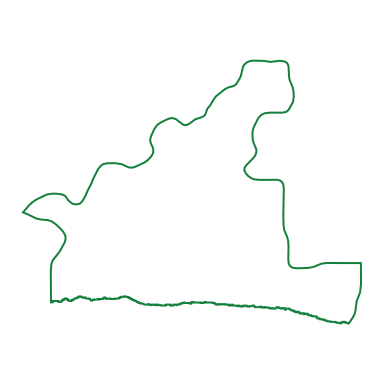 Santo Domingo Este, Santo Domingo, Dominican Republic
{"feature_id": "3306468B99956465733744", "entity_name": "Santo Domingo Este", "entity_type": "district", "adm_level": 2, "iso_a3": "DOM", "parent_name": "Dominican Republic", "parent_adm1": "Santo Domingo", "projection": "albers", "projection_center": [-69.79, 18.526], "detail": "fine", "context": "isolated", "style": "outline", "palette": "green", "viewbox_px": 384, "rotation_deg": 0, "n_neighbors": 0, "source": "geoboundaries", "source_scale": "gbopen_adm2", "svg_char_len": 5996}
<svg xmlns="http://www.w3.org/2000/svg" viewBox="0 0 384 384"><path d="M52.7,302.3L52.7,301.0L58.0,301.0L58.0,301.5L59.5,301.5L59.5,302.0L60.0,302.0L60.0,301.5L61.9,301.5L61.9,300.5L62.4,300.5L62.4,300.0L63.4,300.0L63.4,299.5L64.3,299.5L64.3,299.0L65.3,299.0L65.3,298.4L66.3,298.4L66.3,299.0L67.7,299.0L67.7,300.0L68.2,300.0L68.2,300.5L69.6,300.5L69.6,301.0L71.1,301.0L71.1,300.5L72.0,300.5L72.0,300.0L73.0,300.0L73.0,299.5L74.0,299.5L74.5,298.5L75.9,298.5L75.9,297.9L77.8,297.9L77.8,297.4L78.3,297.4L78.3,296.9L79.3,296.9L79.3,296.4L80.7,296.4L80.7,296.9L82.2,296.9L82.7,297.9L84.6,297.9L84.6,297.4L85.6,297.4L86.0,298.5L89.4,298.5L89.4,299.0L89.9,299.0L89.9,299.5L90.9,300.0L90.9,300.5L92.3,300.5L92.8,299.5L93.3,299.5L93.3,300.0L94.2,300.0L94.2,299.5L97.6,299.5L97.6,299.0L98.6,299.0L98.6,299.5L99.6,299.5L99.6,299.0L102.5,299.0L102.5,298.5L103.9,298.5L103.9,297.9L104.4,297.9L104.4,297.4L104.9,297.4L104.9,297.9L105.8,297.9L106.3,299.0L106.8,299.0L106.8,298.5L110.2,298.5L110.2,299.0L115.0,299.0L115.0,298.5L118.9,298.5L118.9,298.0L119.8,298.0L119.8,297.4L120.8,297.4L120.8,296.9L123.7,296.9L123.7,296.4L125.6,296.4L125.6,296.9L128.0,296.9L128.0,297.4L129.0,297.4L129.0,298.0L130.0,298.0L130.0,298.5L130.9,298.5L130.9,299.0L131.9,299.0L131.9,299.5L132.9,299.5L132.9,300.0L133.8,300.0L133.8,300.5L135.3,300.5L135.3,301.0L136.3,301.0L136.7,302.0L138.2,302.0L138.2,302.5L139.1,302.5L139.1,303.0L140.6,303.0L140.6,303.6L143.5,303.6L144.0,304.6L148.3,304.6L148.3,304.1L149.3,304.1L149.8,305.1L151.7,305.1L151.7,304.6L154.6,304.6L154.6,305.1L156.5,305.1L156.5,304.6L158.0,304.6L158.0,305.1L161.4,305.1L161.4,305.6L165.2,305.6L165.2,305.1L166.2,305.1L166.2,304.6L170.0,304.6L170.0,305.1L171.0,305.1L171.0,305.6L173.4,305.6L173.4,304.6L176.3,304.6L176.3,305.1L176.8,305.1L176.8,304.6L179.2,304.6L179.2,304.1L180.2,304.1L180.2,303.6L182.1,303.6L182.1,303.0L183.6,303.0L183.6,302.5L184.5,302.5L184.5,303.0L189.8,303.0L189.8,303.6L191.3,303.6L191.3,302.5L191.8,302.5L191.8,302.0L193.7,302.0L193.7,302.5L200.5,302.5L200.5,303.0L203.4,303.0L203.4,302.5L204.8,302.5L204.8,302.0L205.8,302.0L205.8,302.5L212.5,302.5L212.5,303.0L214.5,303.0L214.5,303.6L215.4,303.6L215.9,304.6L216.9,304.6L216.9,304.1L218.8,304.1L218.8,304.6L220.7,304.6L220.7,304.1L224.1,304.1L224.1,304.6L225.1,304.6L225.1,304.1L225.6,304.1L225.6,304.6L228.5,304.6L228.5,305.1L229.4,305.1L229.4,305.6L230.4,305.6L230.4,305.1L231.3,305.1L231.3,304.6L232.3,304.6L232.3,305.1L233.3,305.1L233.3,305.6L236.7,305.6L236.7,306.1L238.1,306.1L238.1,305.6L239.6,305.6L239.6,306.1L240.5,306.1L240.5,306.6L242.5,306.6L242.9,305.6L243.9,305.6L243.9,306.1L244.9,306.1L244.9,305.6L246.8,305.6L247.3,306.6L249.2,306.6L249.2,306.1L252.6,306.1L252.6,305.6L254.0,305.6L254.0,306.1L255.0,306.6L255.0,307.1L260.3,307.1L260.3,306.6L260.8,306.6L260.8,307.1L261.8,307.1L261.8,307.6L262.7,307.6L262.7,307.1L264.2,307.1L264.2,307.6L265.1,307.6L265.1,307.1L266.1,307.1L266.1,307.6L269.0,307.6L269.0,308.1L270.9,308.1L270.9,308.6L271.4,308.6L271.4,308.1L273.4,308.1L273.4,308.6L275.8,308.6L276.2,307.6L277.2,307.6L277.2,307.1L278.2,307.1L278.2,307.6L279.1,307.6L279.1,308.1L281.1,308.1L281.1,308.6L282.0,308.6L282.0,308.1L284.5,308.1L284.5,308.6L284.9,308.6L284.9,309.7L285.9,309.7L286.4,308.6L289.3,308.6L289.3,309.1L290.2,309.1L290.7,310.2L292.7,310.2L292.7,310.7L293.6,310.7L293.6,311.2L294.6,311.2L294.6,311.7L295.6,311.7L295.6,312.2L296.0,312.2L296.0,311.7L297.0,311.7L297.0,312.2L298.0,312.2L298.0,311.7L298.5,311.7L298.5,312.7L299.9,312.7L299.9,313.2L300.9,313.2L300.9,313.7L301.4,313.7L301.4,313.2L303.8,313.2L303.8,314.2L305.7,314.2L305.7,313.7L307.2,313.7L307.2,314.2L308.1,314.2L308.1,314.7L308.6,314.7L308.6,315.3L311.0,315.2L311.0,315.8L312.5,315.8L312.5,316.3L316.3,316.3L316.3,316.8L316.8,316.8L316.8,317.8L317.3,317.8L317.3,318.3L319.2,318.3L319.2,318.8L320.2,318.8L320.2,319.3L323.1,319.3L323.1,319.8L324.5,319.8L324.5,320.3L326.0,320.3L326.0,320.8L327.4,320.8L327.4,321.3L330.3,321.3L330.3,321.9L335.1,321.9L335.1,322.4L337.1,322.4L337.1,322.9L340.5,322.9L340.5,323.4L340.9,323.4L340.9,322.4L342.9,322.4L342.9,321.8L344.8,321.8L344.8,322.4L345.8,322.4L345.8,322.9L348.2,322.9L348.2,323.4L348.9,323.4L353.0,317.2L354.6,314.2L355.5,310.3L356.7,301.1L360.1,292.4L361.0,284.2L360.9,263.1L326.6,263.0L321.3,263.7L313.9,266.8L308.5,267.9L297.4,268.3L293.5,267.9L291.2,267.0L289.5,265.2L288.6,262.9L288.3,259.2L288.5,246.8L288.2,241.2L287.3,237.3L284.2,229.9L283.6,225.8L283.3,215.8L283.8,188.7L283.4,184.9L282.5,182.6L280.7,180.8L277.3,179.8L259.5,179.9L254.1,179.3L251.6,178.4L248.4,176.2L246.0,173.6L244.4,170.5L244.5,168.1L245.6,166.0L253.4,157.9L254.9,155.9L256.0,153.6L256.4,151.3L256.2,149.0L253.7,143.1L253.0,140.8L252.5,137.1L252.5,133.3L252.9,129.6L253.7,127.3L258.2,118.2L261.3,114.9L264.6,113.3L270.0,112.6L282.4,112.7L286.1,111.9L288.0,110.5L289.2,108.8L292.9,102.2L293.8,96.8L293.5,91.4L292.7,87.4L289.6,79.9L289.0,76.1L288.6,67.1L288.1,64.8L286.9,62.8L284.7,61.5L279.6,60.8L270.3,61.9L263.6,60.9L254.1,60.6L250.2,61.0L246.8,62.4L244.2,64.7L243.1,66.6L240.9,75.8L239.5,78.8L236.2,84.2L233.6,86.0L228.2,87.5L225.0,89.1L215.9,96.4L212.5,101.3L209.9,105.9L207.4,108.6L205.4,114.1L204.3,115.8L202.6,116.9L195.1,119.4L189.4,123.7L186.4,125.1L185.3,125.2L183.2,124.7L175.8,119.1L173.5,118.3L171.2,118.1L167.9,119.0L160.9,122.4L157.1,125.1L154.4,128.9L151.1,136.0L150.2,139.2L150.5,142.6L152.7,147.3L153.3,149.4L153.1,153.0L152.0,155.2L150.6,157.2L147.9,160.0L144.9,162.3L135.5,166.7L132.2,167.7L128.7,167.4L121.7,164.2L115.5,163.2L106.7,163.3L103.1,164.2L101.2,165.5L98.2,168.9L93.1,179.0L91.4,183.5L88.2,189.5L85.4,195.9L82.2,201.5L79.8,203.7L76.5,204.4L74.2,204.2L72.0,203.4L68.6,200.7L65.1,195.8L62.1,194.4L56.2,193.7L52.4,193.7L47.4,194.4L45.2,195.2L36.9,199.3L34.8,200.5L31.7,202.8L28.9,205.5L23.0,212.4L28.8,214.8L36.0,218.4L39.6,219.3L48.1,220.2L51.7,221.4L56.1,224.5L61.0,229.2L63.5,232.2L65.3,235.6L65.6,239.2L64.6,242.5L59.7,251.5L52.7,260.4L51.4,264.1L50.8,270.9L51.0,302.3L52.7,302.3Z" fill="none" stroke="#15803d" stroke-width="2"/></svg>